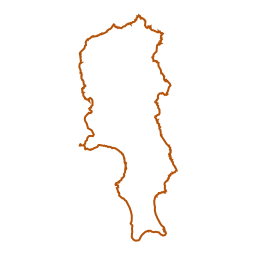 Nossa Senhora Das Dores, Sal, Cabo Verde
{"feature_id": "66160863B51777192933696", "entity_name": "Nossa Senhora Das Dores", "entity_type": "district", "adm_level": 2, "iso_a3": "CPV", "parent_name": "Cabo Verde", "parent_adm1": "Sal", "projection": "albers", "projection_center": [-22.934, 16.721], "detail": "fine", "context": "isolated", "style": "outline", "palette": "amber", "viewbox_px": 256, "rotation_deg": 0, "n_neighbors": 0, "source": "geoboundaries", "source_scale": "gbopen_adm2", "svg_char_len": 5738}
<svg xmlns="http://www.w3.org/2000/svg" viewBox="0 0 256 256"><path d="M150.6,26.5L150.1,26.9L149.7,26.4L148.6,26.4L148.9,27.3L148.3,26.8L147.8,27.4L148.2,27.9L147.6,27.6L147.1,28.0L146.1,27.3L145.0,25.3L145.5,21.2L144.6,20.6L144.6,19.8L142.9,18.5L141.9,18.1L141.8,18.5L140.8,18.6L139.9,16.9L140.4,17.0L140.1,16.2L139.0,15.4L138.9,16.1L137.3,16.2L137.6,17.2L136.6,17.9L136.5,19.2L136.2,19.1L135.7,20.2L135.3,20.2L135.5,20.6L134.5,21.8L132.8,22.1L131.9,22.9L131.0,22.9L130.9,23.2L130.2,23.3L130.3,23.7L130.0,23.4L128.8,24.0L128.3,23.6L127.6,24.3L126.8,24.3L125.2,26.1L123.4,26.5L121.4,28.2L120.3,27.7L120.5,27.4L119.8,27.9L119.0,27.5L118.3,27.8L118.3,27.4L117.1,27.4L116.7,26.8L115.9,27.2L114.3,25.7L114.4,24.7L113.7,24.4L111.2,28.2L110.0,29.1L108.6,29.5L108.0,30.4L107.2,30.6L106.9,31.7L105.0,32.8L101.8,34.1L101.7,33.7L101.2,34.2L100.3,34.1L99.0,35.2L97.4,35.5L97.3,36.0L94.6,36.5L93.8,36.2L93.3,36.6L93.1,36.2L91.6,36.7L90.3,38.2L87.9,39.3L87.9,39.6L87.5,39.4L86.1,41.3L85.7,42.3L86.0,45.1L85.1,45.7L84.4,48.3L80.4,52.2L80.1,52.7L80.5,53.3L79.8,53.7L80.1,54.7L80.6,55.0L80.1,55.9L80.8,56.9L80.4,57.6L80.9,60.8L80.6,62.8L81.2,62.8L79.7,63.9L79.3,67.0L80.7,70.6L80.5,72.4L81.2,72.9L80.9,73.3L81.4,73.4L81.8,75.0L81.3,75.9L81.6,76.3L81.3,77.8L82.4,80.2L82.9,80.2L83.5,81.6L83.7,84.1L85.0,85.4L86.0,85.7L84.8,85.8L85.1,86.3L84.1,86.6L83.9,87.9L82.7,88.0L82.6,88.8L82.1,88.9L82.2,89.8L82.5,89.8L82.3,91.1L82.7,92.3L83.3,92.5L82.8,92.8L83.3,93.1L83.3,95.4L83.8,96.5L85.1,97.7L84.9,98.5L85.9,98.9L86.1,99.3L87.6,99.5L89.1,100.9L88.6,99.1L90.2,97.9L91.9,99.3L92.5,101.0L92.5,105.3L91.1,106.4L91.2,107.6L89.7,108.0L89.2,108.7L89.9,109.9L91.7,111.2L91.5,112.4L90.8,113.0L88.8,112.8L88.4,113.7L87.7,113.9L85.3,116.7L84.7,118.9L85.2,121.0L86.8,123.7L88.0,128.2L91.6,130.2L93.8,134.6L92.9,136.1L89.8,135.9L88.8,136.2L87.3,138.0L87.0,140.1L85.5,141.4L85.1,143.8L83.1,145.4L83.8,145.4L84.5,146.0L85.3,148.2L85.0,148.8L85.4,149.3L87.3,148.6L88.3,149.4L90.7,149.9L91.0,149.3L92.6,149.2L94.3,148.0L97.3,147.0L98.5,145.1L99.0,144.9L103.7,145.8L104.5,145.6L105.6,146.2L106.3,146.0L108.0,147.0L108.3,146.7L110.7,147.0L112.2,148.2L113.0,147.8L115.5,148.4L118.8,150.6L119.6,151.6L120.3,151.8L122.4,153.8L122.3,154.2L122.9,154.4L124.4,158.4L124.1,158.7L124.5,159.7L124.6,162.2L125.1,163.1L125.4,162.5L126.1,163.1L125.9,163.8L125.2,163.8L125.7,165.3L125.5,167.3L126.0,167.3L126.3,168.6L126.0,169.2L125.2,169.3L125.1,172.0L123.8,174.7L124.3,175.6L124.0,176.4L122.3,178.2L121.7,178.3L121.5,179.9L119.3,181.3L119.3,181.8L118.7,181.8L118.8,182.5L116.3,183.0L115.5,184.3L115.7,185.0L117.6,185.1L118.2,185.9L117.8,187.0L118.1,187.5L116.8,188.1L117.8,190.4L117.7,191.4L117.5,191.6L117.2,191.6L118.4,191.9L119.0,192.6L118.8,193.0L119.3,193.7L119.1,195.5L122.5,198.4L123.6,198.4L124.9,200.1L126.2,201.0L129.6,207.6L131.0,211.8L131.8,215.7L131.7,221.0L130.6,223.6L132.3,225.4L132.4,226.1L132.0,228.4L132.3,231.6L131.7,236.5L132.2,238.0L133.5,239.6L134.9,240.5L136.2,240.6L138.3,240.4L139.4,239.7L140.9,236.5L142.6,234.3L145.4,231.9L148.0,230.8L148.5,231.2L148.6,230.8L150.7,230.8L151.6,231.6L153.9,232.2L155.6,231.8L158.9,232.4L160.7,234.4L163.1,235.6L165.2,234.9L166.0,233.3L165.4,231.8L164.2,231.6L164.1,231.0L164.3,230.6L164.7,230.8L164.7,230.2L163.4,229.5L163.6,228.7L164.3,228.4L163.9,227.3L161.6,225.4L160.5,223.9L157.5,218.4L155.6,213.8L154.8,210.3L155.0,206.9L154.5,205.2L154.2,200.9L155.3,196.8L155.9,196.1L156.6,196.4L156.6,195.2L157.6,194.7L157.9,195.0L157.6,194.6L158.6,193.9L158.8,193.0L160.5,193.2L161.5,192.3L162.7,192.4L163.2,192.0L164.7,192.6L164.7,191.9L165.3,191.7L165.0,191.2L166.0,190.8L164.8,188.9L165.0,185.8L164.5,184.3L164.7,182.9L166.5,181.0L167.4,180.6L167.4,180.0L168.5,178.5L168.5,178.8L168.7,178.5L168.4,178.3L168.9,177.2L169.5,177.1L168.9,177.0L169.3,176.4L169.0,175.9L169.6,175.7L169.6,175.3L170.4,175.3L170.4,174.4L170.8,173.8L172.4,173.4L172.4,173.0L172.7,173.2L173.0,172.6L174.7,172.4L175.9,170.8L176.7,170.6L176.3,169.3L175.1,167.4L175.3,167.1L173.2,164.4L172.8,162.0L172.2,161.8L171.6,160.9L172.2,160.0L171.0,159.5L171.1,158.7L170.4,158.9L170.0,158.4L170.6,156.4L170.2,155.3L169.8,155.5L169.9,155.1L169.4,155.2L169.0,154.5L169.4,153.6L170.3,153.2L170.4,152.4L170.7,152.2L170.7,151.2L170.2,150.7L170.7,150.0L169.9,149.3L170.3,147.8L168.9,146.5L169.1,145.6L168.3,145.5L166.6,144.0L161.3,135.9L161.5,135.3L160.9,135.3L160.5,130.2L159.8,129.5L159.3,128.0L160.2,127.1L159.8,126.6L160.2,126.4L159.5,126.4L158.9,125.9L159.2,124.2L157.4,123.0L157.3,122.3L157.7,122.0L157.1,121.4L157.5,120.5L157.1,120.7L156.5,120.2L156.4,119.1L155.1,117.3L155.4,116.3L155.9,116.5L157.4,115.0L158.9,114.6L159.6,113.1L159.4,109.4L158.1,107.6L158.2,105.8L156.9,104.7L157.5,103.3L155.4,102.5L155.2,102.1L155.4,101.4L156.7,100.6L156.8,99.7L157.4,99.4L158.1,98.0L157.8,97.1L158.2,95.0L159.6,93.5L161.3,93.2L161.7,93.6L162.5,93.1L161.9,93.8L162.7,93.0L164.8,95.0L165.5,94.5L166.5,94.9L167.5,94.2L166.9,92.8L167.6,91.9L169.0,87.2L170.5,85.5L169.8,83.7L167.6,81.4L166.3,81.3L166.8,80.7L166.3,80.5L166.2,79.8L165.8,79.8L165.5,80.5L164.6,80.4L164.1,79.2L163.9,76.6L164.2,76.4L162.1,73.4L161.2,73.4L160.9,70.3L158.4,65.7L158.5,62.7L157.2,62.4L156.9,61.3L156.4,61.2L156.2,61.6L155.7,61.0L154.6,60.8L153.4,61.0L153.4,59.4L152.3,57.3L153.4,56.7L153.4,54.9L154.5,53.4L156.5,51.6L157.0,45.7L157.5,44.7L157.9,44.7L157.5,44.5L158.6,44.7L158.9,43.7L159.3,44.5L159.6,44.5L159.9,44.1L159.6,43.9L160.9,43.4L160.0,43.0L160.8,41.9L160.8,41.1L160.3,40.9L161.8,39.5L161.2,38.7L161.6,38.6L161.6,37.7L161.1,37.6L160.8,36.1L162.9,33.6L162.1,33.0L160.9,33.3L159.8,31.5L159.2,31.9L158.8,31.5L158.9,32.1L158.0,32.4L153.2,30.3L151.9,30.1L150.6,28.7L150.6,26.5ZM80.4,144.2L80.1,144.4L79.8,145.5L80.2,145.5L79.8,146.0L81.1,144.9L80.4,144.2Z" fill="none" stroke="#b45309" stroke-width="2"/></svg>